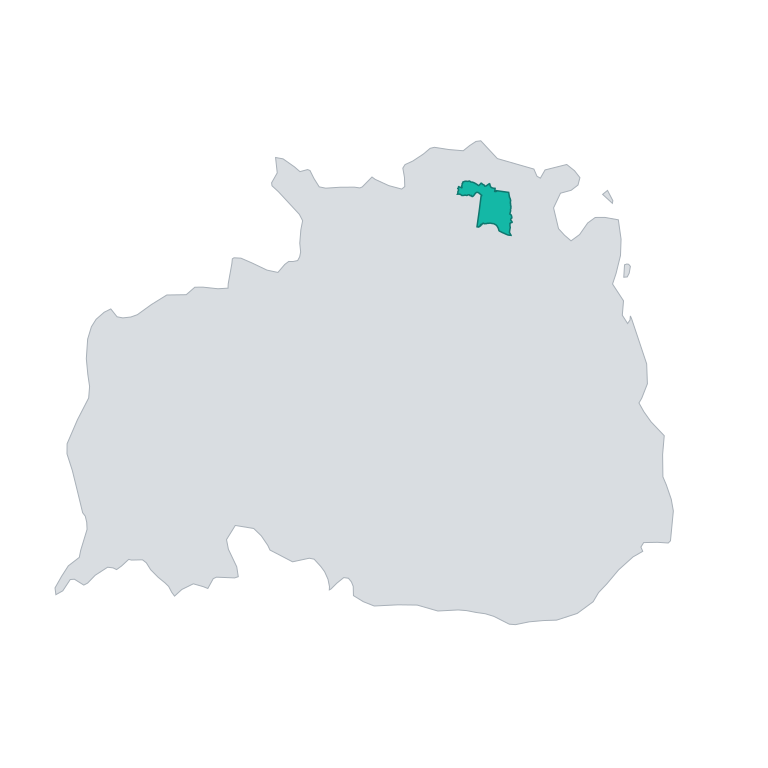 Chhuk, Kâmpôt, Cambodia (highlighted), rotated 188°
{"feature_id": "14789045B28419059899901", "entity_name": "Chhuk", "entity_type": "district", "adm_level": 2, "iso_a3": "KHM", "parent_name": "Cambodia", "parent_adm1": "Kâmpôt", "projection": "mercator", "projection_center": [104.309, 10.967], "detail": "fine", "context": "in_parent", "style": "filled", "palette": "teal", "viewbox_px": 768, "rotation_deg": 188, "n_neighbors": 0, "source": "geoboundaries", "source_scale": "gbopen_adm2", "svg_char_len": 7954}
<svg xmlns="http://www.w3.org/2000/svg" viewBox="0 0 768 768"><g transform="rotate(188 384 384)"><path d="M679.6,129.7L681.4,136.3L676.5,148.7L671.3,160.0L661.6,169.9L661.2,177.1L657.8,198.7L659.1,205.6L661.4,211.5L664.5,214.6L672.9,235.8L680.6,255.0L688.2,270.7L689.5,280.7L682.6,305.9L674.5,329.1L675.2,340.6L678.6,352.2L682.3,367.6L683.7,387.2L681.7,400.0L678.1,408.0L671.1,416.1L665.0,420.3L657.7,413.4L651.8,413.1L644.0,415.1L637.9,418.3L625.4,430.3L611.5,441.9L592.3,444.9L584.8,453.5L576.9,454.7L561.7,455.2L551.8,457.2L552.2,461.5L551.4,482.0L551.6,486.8L550.1,488.1L543.2,488.7L531.6,485.5L515.8,480.5L504.6,479.7L498.9,488.6L495.4,492.1L491.2,492.6L486.7,494.2L485.2,498.2L484.9,503.1L487.0,511.7L487.8,525.2L487.3,534.4L491.4,540.2L515.4,559.8L522.5,564.7L523.3,567.6L519.1,578.2L522.9,593.2L515.3,592.9L502.8,586.5L496.8,582.6L489.5,585.7L487.0,585.1L482.0,577.8L475.6,570.2L469.0,569.8L455.0,572.7L440.7,574.8L435.2,574.8L433.0,576.1L424.7,587.3L421.2,585.4L406.8,581.1L393.6,579.5L390.9,582.4L392.5,591.5L395.4,600.4L393.7,604.2L386.5,608.8L376.9,617.3L371.1,623.8L367.0,625.4L352.4,625.2L338.0,626.0L332.2,632.2L326.7,637.0L322.0,638.3L303.1,623.0L265.5,617.7L261.4,611.0L257.8,609.6L254.3,618.4L233.6,626.8L225.0,621.7L218.7,615.6L219.6,608.0L225.6,601.9L235.8,597.5L240.6,582.0L232.8,562.1L225.9,556.4L218.7,551.8L211.1,559.2L204.7,571.8L198.0,578.3L188.6,579.7L174.8,579.2L169.4,560.4L167.7,544.2L169.6,525.7L171.6,514.8L158.4,499.7L157.6,485.3L151.2,477.8L149.3,481.6L149.5,485.7L147.7,482.7L126.7,440.5L123.2,420.9L126.8,405.8L128.9,400.7L122.8,392.7L114.3,383.7L99.3,371.8L98.3,353.0L94.9,330.9L90.4,323.4L83.5,309.8L79.8,298.5L78.5,268.6L80.4,266.1L91.1,265.3L104.8,263.1L106.9,258.3L104.5,254.3L113.3,247.5L125.8,232.6L135.5,217.1L142.5,207.3L146.6,197.5L160.7,183.7L180.2,174.2L193.4,171.9L207.1,168.7L220.3,164.0L226.5,163.6L242.9,169.2L251.7,170.6L261.0,170.6L270.6,171.1L279.0,170.6L299.1,166.7L320.3,169.7L339.3,167.3L362.8,162.8L374.3,165.6L384.8,170.2L386.3,179.3L388.7,183.5L392.2,186.7L396.9,186.7L402.9,180.3L407.9,173.7L409.5,172.5L409.8,175.8L412.3,182.9L416.7,189.9L421.3,194.6L428.8,200.8L433.7,201.1L449.8,195.2L473.8,203.7L476.6,208.0L484.4,216.6L492.9,222.8L511.6,223.2L518.3,208.0L515.1,198.7L504.4,182.5L501.5,172.9L504.9,171.2L523.0,169.4L526.0,167.5L530.0,157.0L534.9,158.2L545.0,159.6L555.6,152.4L561.9,144.8L565.3,148.3L569.1,153.6L573.2,156.6L580.8,161.2L589.2,167.6L594.5,173.9L598.7,176.3L609.5,174.5L612.4,174.8L618.6,167.2L623.0,163.0L626.7,164.2L632.2,164.1L643.4,154.4L649.8,145.6L653.3,143.1L663.4,147.6L667.5,146.7L673.3,134.5L679.6,129.7ZM162.4,535.5L160.3,536.6L158.4,536.6L156.4,534.8L156.6,528.0L158.0,523.9L161.4,523.1L162.4,535.5ZM193.9,602.2L189.6,606.8L182.9,597.4L183.0,594.7L193.9,602.2Z" fill="#d9dde1" stroke="#a8b0b8" stroke-width="1"/><path d="M278.9,548.9L279.0,549.2L279.3,549.4L279.6,549.8L279.9,550.2L280.1,550.6L280.5,551.1L280.8,551.4L280.9,551.7L280.9,551.9L280.9,552.9L280.9,553.3L280.9,553.7L280.9,554.1L280.9,554.6L280.8,555.8L280.8,556.3L280.8,556.7L281.1,557.5L281.3,558.3L281.4,558.6L281.4,558.9L281.4,559.3L281.5,559.7L281.6,559.9L281.6,560.1L281.7,560.3L281.6,560.6L281.3,560.8L281.3,561.0L281.2,561.1L281.0,561.3L280.8,561.3L280.3,561.5L279.9,561.7L279.7,561.8L279.6,562.1L279.7,562.3L279.8,562.5L280.6,563.3L280.8,563.5L281.4,564.0L281.4,564.3L281.4,564.8L281.3,565.4L281.2,565.7L280.9,565.7L280.8,565.8L280.6,566.0L280.5,566.3L280.6,566.8L280.7,567.3L280.9,567.7L281.1,568.0L281.2,568.5L281.3,568.6L281.5,568.8L281.7,569.2L281.8,569.3L282.2,569.5L282.5,569.6L282.9,569.8L283.1,569.9L283.0,570.3L282.9,571.5L282.7,572.7L282.7,573.1L282.7,573.3L282.8,573.5L283.0,573.9L283.0,574.2L283.0,574.9L282.9,575.1L282.8,575.4L282.8,575.7L282.8,576.0L282.9,576.5L283.1,576.8L283.1,577.0L283.0,577.3L283.0,577.5L283.0,577.8L283.1,578.0L283.4,578.2L283.5,578.3L283.6,579.3L283.7,579.6L283.7,580.1L283.8,580.2L283.9,580.4L284.1,580.7L284.2,580.8L284.2,581.0L284.1,581.3L284.1,581.6L284.0,581.9L284.1,582.2L284.2,582.4L284.3,582.6L284.1,583.4L284.2,583.8L284.3,583.9L284.4,584.0L284.5,584.1L284.6,584.4L284.8,585.0L285.0,585.4L285.1,585.6L285.3,585.8L285.5,586.0L285.6,586.3L285.7,586.6L285.8,586.6L287.2,591.1L297.5,591.1L299.7,591.1L299.5,590.9L299.5,590.6L299.5,590.4L299.8,590.3L300.2,590.1L301.2,590.1L301.2,593.2L301.7,593.2L301.9,593.2L302.2,593.1L302.7,593.1L303.5,593.2L304.3,593.3L304.6,593.4L305.0,593.5L305.4,593.8L305.7,594.0L306.1,594.6L306.3,595.0L306.7,595.5L306.8,595.8L306.9,596.1L306.9,596.4L306.9,596.5L307.0,596.5L307.3,596.8L307.6,597.0L310.5,594.3L311.7,593.9L311.8,594.0L312.1,594.4L312.2,594.6L312.3,594.8L312.5,594.9L312.9,595.1L313.0,595.2L313.3,595.3L314.0,595.3L314.3,595.5L314.7,595.9L314.8,596.0L315.0,596.2L315.7,596.4L315.8,596.4L316.2,595.8L317.1,594.5L317.4,594.2L317.7,593.7L317.8,593.7L318.3,593.8L318.5,593.9L318.8,594.1L319.2,594.3L319.7,594.6L320.5,594.9L321.2,595.3L321.6,595.3L322.1,595.6L323.1,595.9L323.3,595.9L323.6,596.0L323.9,596.1L324.4,596.2L324.5,596.2L325.0,596.1L325.6,596.1L325.9,596.1L326.2,596.2L326.3,596.3L326.7,596.4L327.1,596.7L327.4,596.9L327.6,596.9L328.5,596.6L329.1,596.3L329.5,596.3L329.8,596.2L330.1,596.2L330.7,596.3L331.2,596.2L331.6,596.1L331.8,596.1L332.1,596.0L332.3,595.9L332.8,595.6L333.4,595.3L333.9,595.1L334.0,594.8L334.0,594.2L334.0,593.9L334.3,593.7L334.5,593.3L334.4,592.8L334.4,592.5L334.4,591.9L334.4,591.7L334.5,591.3L334.6,591.1L334.5,590.6L334.5,590.4L334.4,590.1L334.2,589.9L334.1,589.6L334.1,589.4L334.2,589.2L334.3,589.1L334.6,589.2L334.9,589.3L335.2,589.4L335.6,589.4L335.8,589.4L336.1,589.5L336.5,589.5L336.9,589.5L337.1,589.6L337.4,589.9L337.6,589.8L337.6,589.7L337.4,589.2L337.6,588.6L337.9,588.3L338.2,588.0L338.2,587.9L337.9,587.7L337.6,587.4L337.4,587.1L337.3,586.8L337.2,586.4L337.2,586.0L337.3,585.8L337.3,585.6L337.5,585.2L337.6,584.8L337.6,584.6L337.5,584.3L337.5,584.1L337.5,583.1L337.6,582.5L337.7,582.2L336.0,582.5L334.7,582.4L333.1,581.5L332.6,581.6L331.3,581.8L331.0,581.9L330.8,582.0L330.3,582.3L330.0,582.4L329.8,582.3L329.6,582.3L329.2,582.3L328.2,582.2L328.1,582.3L327.8,582.4L327.4,582.8L327.2,583.0L326.8,583.0L326.5,583.2L326.1,583.2L325.9,583.3L325.7,583.2L325.4,582.8L325.2,582.7L324.8,582.4L324.7,582.4L324.5,582.5L324.3,582.6L324.1,582.8L323.9,582.9L323.1,582.0L322.8,581.9L322.7,581.9L322.4,582.0L322.2,582.1L322.0,582.3L321.8,582.6L321.6,582.8L321.4,583.1L320.6,584.4L320.3,585.2L319.5,586.2L319.0,586.6L318.9,586.7L318.5,586.7L318.3,586.7L318.1,586.8L317.7,586.8L317.3,586.7L317.1,586.6L316.9,586.5L316.6,586.3L316.3,586.2L316.1,586.1L315.8,585.8L315.7,585.7L315.2,585.5L315.0,585.4L314.7,585.2L314.3,584.9L314.2,584.8L314.0,584.6L313.6,584.5L313.6,584.4L313.5,584.2L313.6,583.9L313.9,583.8L314.0,583.7L314.0,582.8L313.8,568.7L313.8,552.8L313.7,552.8L313.4,552.9L313.2,552.9L312.9,552.7L312.7,552.6L312.5,552.8L312.4,552.7L312.5,552.6L312.4,552.6L312.2,552.6L312.0,552.8L311.8,552.8L311.6,553.0L311.4,553.2L311.2,553.4L311.0,553.5L310.9,553.6L311.0,553.6L310.9,553.7L310.7,553.9L310.7,554.0L310.8,554.1L310.7,554.3L310.8,554.4L310.8,554.5L310.7,554.7L310.4,555.0L310.2,555.1L310.3,555.2L310.3,555.3L310.1,555.3L309.9,555.4L309.9,555.5L309.7,555.6L309.6,555.3L309.4,555.4L309.4,555.5L309.2,555.7L309.2,555.8L309.1,556.0L308.9,556.3L308.9,556.6L308.7,556.7L308.5,556.8L308.2,557.0L308.1,556.9L307.8,556.8L307.6,556.9L307.3,556.7L307.2,556.7L306.9,556.7L306.6,556.7L306.5,556.8L306.2,556.9L305.8,556.9L305.0,557.0L304.8,557.1L304.4,557.4L303.9,557.6L303.4,557.5L302.9,557.7L301.2,558.1L300.9,558.1L299.9,558.0L298.9,558.0L297.6,558.0L297.4,558.0L297.2,557.9L296.5,557.6L295.8,557.3L295.3,557.1L295.0,557.0L294.8,556.8L294.2,556.3L293.7,555.7L292.6,554.3L292.5,554.1L292.1,553.3L291.8,552.5L291.6,552.1L291.4,551.9L291.3,551.7L291.0,551.5L290.4,551.3L289.9,551.1L289.4,551.0L288.1,550.5L287.5,550.3L286.2,550.0L284.3,549.4L282.4,548.9L281.9,548.8L281.4,548.8L280.8,548.8L280.2,548.8L279.7,548.9L278.9,548.9Z" fill="#14b8a6" stroke="#0f766e" stroke-width="1.5"/></g></svg>